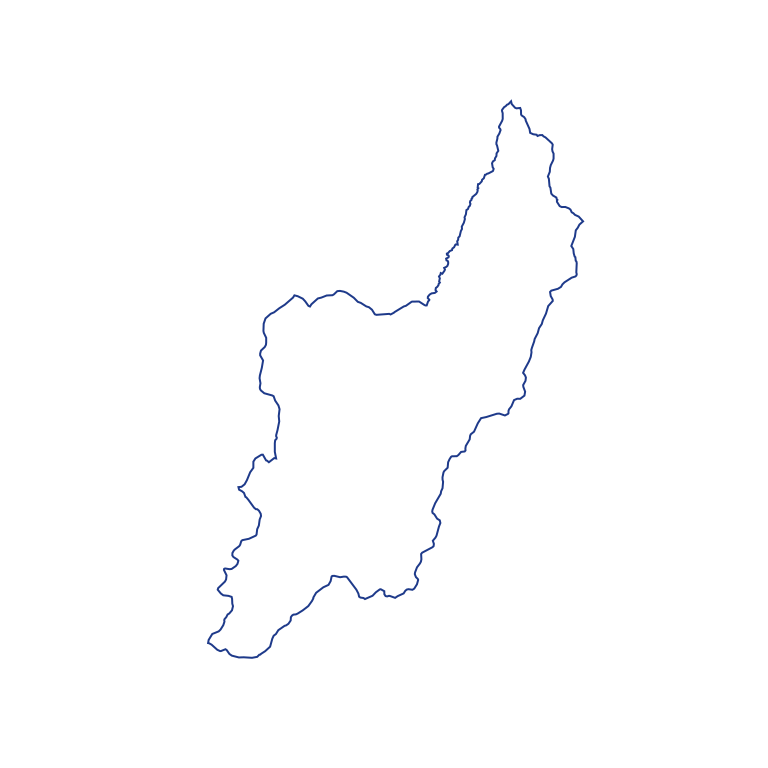 the district of Onzaga, Santander, Colombia, rotated 23°
{"feature_id": "7082276B75716633993754", "entity_name": "Onzaga", "entity_type": "district", "adm_level": 2, "iso_a3": "COL", "parent_name": "Colombia", "parent_adm1": "Santander", "projection": "robinson", "projection_center": [-72.805, 6.343], "detail": "fine", "context": "isolated", "style": "outline", "palette": "blue", "viewbox_px": 768, "rotation_deg": 23, "n_neighbors": 0, "source": "geoboundaries", "source_scale": "gbopen_adm2", "svg_char_len": 6133}
<svg xmlns="http://www.w3.org/2000/svg" viewBox="0 0 768 768"><g transform="rotate(23 384 384)"><path d="M401.5,76.7L398.2,78.5L396.7,78.5L392.2,76.4L390.5,74.1L389.2,77.8L388.2,78.7L387.4,80.8L386.4,82.2L385.6,85.4L385.8,86.4L387.4,88.3L389.7,93.6L389.9,95.6L389.3,102.1L389.8,103.1L391.3,103.8L392.1,104.7L392.3,108.4L391.8,112.0L392.5,113.9L393.1,117.8L393.8,119.4L394.8,120.2L398.1,124.7L397.5,127.7L398.4,130.2L398.0,132.9L398.5,134.7L397.3,136.5L397.2,138.6L399.4,142.1L400.8,143.0L401.0,144.0L401.0,145.5L397.8,149.4L396.8,150.1L395.9,151.6L395.2,152.0L395.5,155.7L394.5,157.6L394.8,159.3L393.6,162.6L392.5,163.3L393.5,166.7L394.3,166.9L394.0,168.6L394.7,169.4L394.9,170.9L394.6,173.0L392.3,177.4L392.6,178.2L392.2,179.2L392.6,180.2L391.9,182.0L392.3,183.6L393.2,184.4L393.4,186.5L392.8,187.7L392.9,190.2L391.9,191.7L393.1,195.8L393.0,199.1L394.0,200.5L394.5,204.4L394.1,208.7L395.2,210.8L395.0,213.2L395.9,218.5L395.2,220.2L395.9,222.3L395.6,224.0L397.4,226.9L395.5,227.5L395.2,228.1L395.1,230.7L394.0,232.6L394.3,234.2L392.6,235.9L391.8,238.4L390.9,239.4L391.4,240.4L392.9,240.4L393.7,241.0L393.9,242.2L392.2,244.3L393.2,245.8L394.5,245.8L395.4,246.6L396.1,248.3L396.2,250.5L395.6,251.8L394.0,253.6L395.4,254.9L395.4,256.1L394.6,259.7L392.9,259.7L393.2,261.4L392.6,263.5L394.1,264.9L394.7,268.1L395.8,268.8L395.2,270.5L395.5,271.6L395.1,273.7L394.2,275.3L394.7,277.4L396.3,278.3L395.2,280.3L392.4,282.0L391.1,283.8L390.3,286.4L390.7,287.8L392.8,288.7L392.9,289.2L392.3,290.8L392.6,295.0L391.5,295.5L390.4,295.5L384.1,294.4L378.0,297.0L377.3,297.5L373.6,303.5L371.9,304.9L365.6,313.7L365.2,314.6L362.9,317.4L361.4,317.4L350.0,323.3L348.3,323.4L343.9,320.3L340.1,319.2L337.4,319.5L330.9,318.4L327.8,318.6L322.5,316.4L313.9,314.6L310.9,314.7L307.1,315.5L304.7,316.8L302.9,321.0L301.9,322.4L296.7,324.9L292.5,329.0L289.7,331.1L286.0,339.0L285.6,341.6L283.9,341.6L279.2,338.7L275.9,337.2L270.3,336.9L266.9,337.4L266.5,340.0L261.7,349.8L258.0,355.2L254.8,361.0L252.3,363.6L249.3,369.9L249.7,375.5L252.3,382.3L253.4,383.9L257.5,387.5L259.4,392.0L260.0,394.0L259.8,396.5L257.7,401.3L258.1,404.3L258.8,406.0L263.5,409.6L265.2,416.8L266.4,424.6L267.2,427.3L270.0,431.6L270.9,435.4L271.7,436.9L273.1,438.0L277.4,439.3L285.7,438.2L287.2,438.4L290.3,441.8L295.2,445.0L297.7,448.0L299.6,454.6L302.2,459.4L304.0,468.1L304.7,473.1L305.1,474.2L306.3,475.3L306.5,476.4L305.8,478.3L306.6,481.1L310.0,489.1L313.8,494.7L311.9,495.1L308.6,501.0L306.4,500.3L305.3,500.4L300.1,496.4L298.8,497.0L294.7,502.8L294.1,506.5L296.5,512.2L295.3,517.5L295.4,526.0L294.9,530.8L293.0,534.3L290.3,535.8L291.9,537.9L295.2,538.2L297.7,539.0L300.6,542.1L301.5,542.1L304.4,543.6L312.7,548.6L315.0,549.3L316.3,548.8L318.4,549.5L321.2,551.6L322.4,553.6L322.5,557.3L324.1,563.2L324.0,567.2L325.5,572.4L325.2,573.7L320.1,579.3L314.6,583.1L314.0,584.5L314.4,588.2L314.1,589.8L311.4,594.5L310.8,596.0L310.5,598.8L311.4,601.1L313.0,602.1L317.6,602.9L319.0,603.6L319.4,606.9L318.7,609.5L316.0,613.8L314.2,614.8L309.8,615.9L309.1,616.6L309.3,617.7L313.8,621.6L315.0,625.6L314.8,628.0L311.1,636.7L311.3,638.3L315.7,640.6L318.6,641.3L323.6,639.8L326.9,639.5L328.1,641.1L330.2,645.5L331.8,647.5L332.5,651.7L331.2,655.8L330.1,657.2L329.9,660.3L329.1,662.7L329.2,663.8L330.0,665.1L330.3,668.8L329.5,673.9L328.5,676.3L323.6,681.2L322.6,688.1L323.3,691.2L324.2,691.0L327.1,691.3L334.4,693.8L337.5,693.9L338.2,693.6L341.7,690.1L343.2,690.4L347.2,692.9L350.1,693.5L357.3,692.4L361.6,690.4L369.5,687.6L373.9,684.7L375.0,681.9L375.9,681.4L376.2,680.5L379.0,676.4L381.8,670.3L380.7,662.1L380.8,658.8L382.2,656.4L382.9,651.9L387.0,645.4L388.1,644.6L389.7,642.1L390.5,638.2L389.4,635.0L389.8,633.1L390.7,631.7L392.9,630.5L394.2,629.1L397.6,624.2L401.1,618.0L402.5,611.8L402.7,609.0L402.4,608.1L403.1,602.7L407.6,594.8L411.4,590.6L411.9,586.3L411.0,581.7L411.4,580.9L413.2,580.0L419.1,579.0L422.3,577.0L424.3,576.2L425.5,576.3L438.9,584.1L442.3,586.9L444.2,589.5L445.7,589.8L448.8,589.0L450.5,589.4L456.2,583.4L457.9,578.9L460.4,574.7L461.2,574.2L465.2,574.6L466.5,577.4L468.3,578.6L469.9,578.3L471.4,577.0L472.5,576.8L477.8,576.5L479.5,573.9L483.9,569.1L484.4,566.0L485.3,564.3L486.7,563.3L490.6,562.3L491.8,560.5L492.6,555.5L492.0,551.0L491.2,550.2L488.9,549.3L487.7,548.1L486.6,546.9L486.2,545.2L486.0,539.9L487.2,535.2L487.4,533.1L486.9,530.7L484.6,526.0L485.0,524.4L492.4,515.3L493.0,513.9L492.4,511.7L490.2,509.2L491.4,505.3L491.6,503.1L490.3,493.8L490.2,489.9L488.6,487.7L485.5,487.2L481.3,484.3L479.1,483.7L478.2,482.5L477.8,480.8L477.7,473.7L479.1,462.9L478.5,460.4L478.6,457.1L476.6,450.9L475.3,449.2L474.3,447.0L473.3,442.0L473.5,440.5L475.3,436.2L473.6,430.9L473.7,427.7L474.2,424.8L474.8,424.0L479.2,422.0L480.2,420.4L481.5,416.4L484.6,414.6L485.0,413.4L484.1,411.5L483.5,409.0L484.5,401.5L483.5,398.0L483.5,396.4L485.5,392.7L485.7,383.5L486.7,377.5L491.0,374.5L499.5,367.3L501.6,366.2L507.6,365.7L509.8,363.1L510.0,362.3L509.1,360.1L509.0,358.4L510.0,354.8L510.0,348.0L512.4,345.5L515.2,344.4L517.8,339.8L516.9,335.9L513.4,332.2L512.5,330.6L513.0,325.8L512.1,322.6L510.4,320.9L507.7,319.4L507.7,315.9L508.6,306.7L508.5,301.7L507.4,297.2L506.3,295.2L506.0,292.7L505.6,286.2L505.1,283.7L505.6,277.2L504.9,272.0L505.8,267.1L505.3,263.3L505.6,255.9L504.7,248.1L506.9,241.6L506.2,240.3L503.1,237.9L500.9,234.4L501.5,232.7L506.9,228.4L509.0,225.4L509.3,222.6L510.4,219.9L515.2,212.8L518.2,210.2L518.7,209.0L518.5,207.6L517.4,206.1L514.2,197.5L513.3,196.1L512.3,195.6L510.6,192.5L509.7,192.2L507.6,189.6L505.5,185.8L502.5,183.8L502.2,173.9L500.5,167.6L501.3,164.5L501.6,160.9L503.7,156.5L497.8,153.8L493.7,153.7L491.6,152.8L489.7,152.6L487.5,150.6L485.6,150.1L481.7,150.2L478.4,151.7L476.2,151.6L472.0,148.7L471.5,147.6L471.7,146.8L470.7,146.3L469.8,145.0L465.9,144.5L463.6,143.4L460.5,138.3L459.1,137.3L455.6,130.7L453.8,129.0L453.7,123.9L452.4,120.2L452.0,117.3L452.3,112.2L452.0,110.2L450.1,105.7L448.2,104.0L447.0,102.1L445.8,97.8L444.7,96.9L436.3,93.9L434.0,93.7L432.5,93.0L430.1,94.1L428.4,95.7L427.1,94.9L423.8,95.8L420.4,95.7L418.3,92.4L411.5,86.1L410.9,85.0L408.8,83.6L405.7,83.0L404.8,82.2L403.2,78.6L401.5,76.7Z" fill="none" stroke="#1e3a8a" stroke-width="2"/></g></svg>